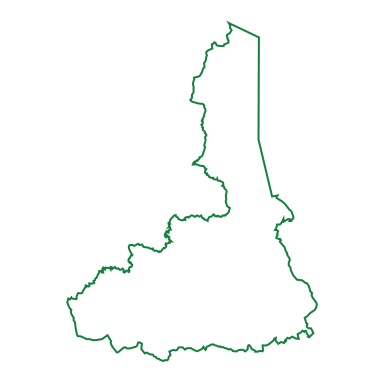 outline of Pueblo Bello, Cesar, Colombia
{"feature_id": "7082276B89066354157949", "entity_name": "Pueblo Bello", "entity_type": "district", "adm_level": 2, "iso_a3": "COL", "parent_name": "Colombia", "parent_adm1": "Cesar", "projection": "robinson", "projection_center": [-73.617, 10.53], "detail": "fine", "context": "isolated", "style": "outline", "palette": "green", "viewbox_px": 384, "rotation_deg": 0, "n_neighbors": 0, "source": "geoboundaries", "source_scale": "gbopen_adm2", "svg_char_len": 6028}
<svg xmlns="http://www.w3.org/2000/svg" viewBox="0 0 384 384"><path d="M107.5,335.2L111.0,341.1L110.7,343.2L112.2,346.5L116.8,352.4L118.0,352.3L124.0,347.4L125.9,347.5L126.7,348.4L129.3,348.5L135.6,346.8L137.2,345.6L138.0,342.7L139.3,342.3L141.9,343.7L141.3,349.0L144.8,353.4L146.8,352.6L150.0,354.4L152.7,354.5L154.0,356.4L155.6,356.8L157.2,358.6L159.1,358.9L160.2,359.9L163.5,361.0L164.9,360.1L167.0,360.3L168.2,359.4L168.7,357.0L170.5,354.9L169.4,351.5L173.2,349.9L175.5,350.4L177.0,350.0L178.6,347.5L179.3,347.3L182.7,347.4L185.0,349.6L186.9,348.2L190.8,348.1L194.8,350.4L197.5,351.2L202.2,348.8L203.4,346.9L205.5,349.9L206.2,349.2L206.1,347.8L206.6,346.9L211.1,344.7L213.3,344.3L214.6,345.3L215.7,345.3L219.1,346.8L220.2,346.3L221.4,347.3L223.2,347.1L224.8,348.2L226.7,348.4L228.8,349.5L230.4,349.0L232.3,350.2L232.9,351.1L236.3,351.4L238.7,350.1L241.8,349.7L243.5,350.0L244.8,351.3L245.6,351.3L247.7,349.0L247.8,346.7L248.4,345.3L249.1,345.1L250.6,346.8L251.7,349.0L255.3,350.8L255.3,351.7L257.6,351.7L259.8,350.9L262.5,351.3L263.0,350.5L262.6,345.4L266.3,345.5L268.9,344.2L273.2,340.7L274.6,338.3L275.8,337.8L275.5,339.9L275.8,340.8L278.2,343.8L281.1,342.0L284.1,343.0L284.9,341.0L285.3,341.6L286.2,340.8L285.6,340.0L287.5,337.8L289.3,338.5L292.3,336.6L295.4,338.4L298.7,338.9L297.6,334.2L301.0,332.3L302.5,330.7L303.9,331.6L303.9,331.1L306.0,330.9L306.8,333.5L308.5,335.9L307.9,336.7L309.2,337.3L313.4,333.1L311.1,328.4L308.5,328.2L307.2,327.4L306.7,326.0L307.5,324.0L306.2,322.8L304.7,317.8L306.8,316.6L310.4,312.9L314.7,310.0L316.1,307.7L316.8,305.0L316.5,303.0L312.4,297.2L311.7,295.5L311.9,292.7L310.3,291.4L309.1,286.7L306.8,283.1L305.3,282.8L302.1,280.3L297.0,279.7L293.4,275.6L290.8,270.3L290.6,267.9L288.7,265.1L288.8,262.4L289.7,260.5L289.6,258.6L287.1,254.6L287.2,253.2L285.8,251.1L284.6,247.2L279.9,241.8L280.8,240.4L280.5,239.3L280.1,239.0L279.5,239.4L276.2,237.7L277.5,235.2L277.6,234.6L277.1,234.3L278.1,231.0L276.7,230.1L275.0,229.9L276.4,227.7L277.1,224.5L279.9,224.5L281.7,222.6L283.5,218.7L283.8,221.6L288.0,219.1L289.5,219.1L289.4,221.1L291.4,221.0L291.6,219.5L293.2,218.6L293.4,216.7L291.3,211.2L289.2,209.4L285.1,204.1L281.9,201.3L276.7,198.1L276.4,197.4L277.5,195.5L272.1,196.5L258.5,139.5L258.9,37.4L228.7,23.0L230.3,25.8L230.0,28.0L231.6,30.1L229.8,33.1L227.0,35.0L226.9,36.7L227.8,38.3L227.5,39.1L228.7,41.0L228.3,42.8L224.2,44.4L223.9,45.7L223.0,46.1L217.6,45.7L216.7,45.3L215.4,42.7L214.2,42.4L213.2,43.8L212.2,43.9L211.8,45.6L212.4,48.5L208.4,50.2L206.5,51.7L206.2,53.2L206.9,55.4L206.2,57.1L206.0,59.6L205.0,62.0L204.1,62.9L204.5,67.1L203.2,68.4L202.0,72.1L200.0,75.6L198.4,76.6L194.0,77.6L194.3,78.7L193.1,82.7L193.0,84.5L193.6,86.8L193.5,92.5L191.9,94.9L192.0,97.8L190.3,100.1L191.9,101.6L197.6,103.3L202.9,104.0L204.3,105.5L204.0,106.7L205.3,109.2L205.5,111.1L204.1,114.7L204.2,116.1L202.5,119.0L202.8,119.8L201.8,120.4L201.9,121.4L202.9,122.2L202.7,123.5L201.4,124.7L202.4,125.9L202.2,127.3L203.0,127.8L202.7,129.6L205.1,132.2L205.0,133.3L206.2,134.2L206.3,135.6L205.4,136.4L205.0,137.7L205.5,139.1L205.4,141.5L204.3,144.9L204.4,146.2L205.2,147.1L202.4,155.5L201.7,156.4L199.5,157.3L199.6,158.5L198.3,159.4L197.8,160.5L196.8,160.4L196.6,161.2L195.4,161.3L195.1,162.1L194.9,161.6L193.7,162.3L192.8,164.6L196.2,164.3L200.1,165.7L203.7,166.1L205.1,168.1L205.1,168.6L206.3,169.1L205.0,171.0L205.2,172.9L207.0,173.4L206.8,174.9L208.6,175.4L208.9,176.7L211.0,177.8L213.2,177.8L213.1,178.6L214.0,179.3L217.2,179.5L217.3,179.0L217.9,180.6L220.0,180.8L223.0,182.5L223.4,184.7L222.2,185.8L224.2,186.8L224.2,188.1L226.2,190.1L226.7,191.6L225.8,195.5L226.2,199.1L225.7,201.4L227.1,206.1L229.8,208.0L228.8,211.9L228.2,213.0L225.8,214.7L225.7,215.3L224.4,215.3L224.1,215.7L222.9,215.4L221.6,216.7L221.1,216.4L220.0,216.9L218.7,216.0L217.6,216.3L217.3,215.8L216.2,216.5L214.8,215.8L214.0,214.4L213.2,214.5L211.8,216.3L209.2,217.1L207.8,219.6L207.6,220.9L206.6,220.1L204.2,219.5L204.2,218.9L203.3,218.1L202.2,217.9L201.2,215.5L199.4,216.6L197.1,215.4L194.9,216.9L193.5,215.9L191.4,215.3L188.7,217.5L187.7,216.8L185.2,217.7L185.3,219.9L184.1,219.3L183.8,220.0L181.5,220.3L178.4,219.0L177.8,217.5L176.0,216.5L175.7,215.1L174.2,215.4L170.4,219.5L169.7,222.0L168.4,223.0L168.8,224.1L169.6,223.2L170.2,224.0L168.8,225.0L169.3,226.3L168.7,227.1L169.8,226.7L170.7,229.5L169.6,229.4L168.9,230.1L168.6,232.2L168.0,231.4L166.9,231.2L167.1,232.5L166.2,233.0L165.8,232.6L164.7,234.6L164.8,235.3L165.6,234.8L166.9,235.4L165.7,236.1L165.6,236.9L166.4,237.4L167.5,235.9L168.0,236.8L169.4,237.2L169.0,239.2L171.3,241.3L170.3,241.2L169.9,242.5L169.2,241.9L168.8,242.9L167.0,243.7L165.8,243.4L165.5,244.9L166.3,246.0L166.0,246.9L164.7,248.2L163.6,248.0L160.6,251.7L159.5,251.3L158.8,252.2L156.6,250.6L154.7,250.9L153.0,249.8L152.9,248.5L151.3,248.9L147.5,247.4L144.0,247.1L142.8,246.2L142.5,244.9L142.0,244.5L139.5,245.0L138.1,243.8L134.2,245.9L132.4,244.9L129.6,245.1L128.9,246.5L128.8,247.9L130.3,251.7L132.4,255.0L132.1,255.5L131.0,255.4L129.8,258.1L129.0,258.5L128.4,260.2L128.8,260.5L128.6,261.6L129.9,263.0L130.7,262.4L131.2,263.9L132.2,264.6L131.5,266.8L129.5,267.3L128.9,269.3L129.5,271.0L128.9,272.0L128.3,271.8L128.5,270.7L127.0,270.6L125.8,271.0L125.1,272.2L124.3,272.5L123.4,271.9L123.8,270.2L122.7,268.6L121.0,269.7L119.8,269.8L118.3,268.3L117.5,268.8L115.7,268.3L115.0,267.0L112.5,268.8L111.8,267.2L111.2,267.0L110.7,269.5L109.6,267.6L107.9,268.0L106.0,267.6L105.0,269.7L104.3,269.5L103.9,267.7L103.3,267.4L102.3,269.1L103.2,272.5L101.9,272.5L100.7,270.9L99.2,271.1L99.2,272.9L98.4,273.6L96.6,277.7L95.3,278.7L95.0,280.1L93.5,281.1L94.3,282.6L94.1,283.1L92.6,283.6L89.2,283.5L89.6,285.8L88.4,286.6L85.8,285.3L85.4,286.0L86.0,287.1L84.5,288.3L82.0,293.0L81.2,293.4L78.1,293.1L76.6,296.2L76.6,298.6L76.1,299.2L72.0,298.5L71.4,297.4L69.9,299.4L68.4,298.5L67.2,302.3L69.7,308.3L71.3,309.8L70.8,311.5L71.3,313.9L73.8,318.0L73.5,320.1L75.0,322.3L75.6,327.9L77.0,334.8L77.7,336.0L81.2,336.5L86.6,339.1L89.3,339.1L93.2,340.2L95.9,340.1L102.1,339.1L107.5,335.2Z" fill="none" stroke="#15803d" stroke-width="2"/></svg>